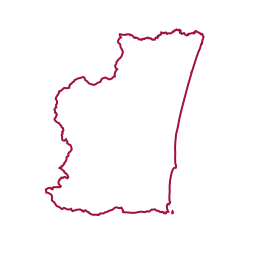 Thap Sakae, Prachuap Khiri Khan, Thailand, rotated 347°
{"feature_id": "78962969B3750900919123", "entity_name": "Thap Sakae", "entity_type": "district", "adm_level": 2, "iso_a3": "THA", "parent_name": "Thailand", "parent_adm1": "Prachuap Khiri Khan", "projection": "albers", "projection_center": [99.584, 11.545], "detail": "fine", "context": "isolated", "style": "outline", "palette": "rose", "viewbox_px": 256, "rotation_deg": 347, "n_neighbors": 0, "source": "geoboundaries", "source_scale": "gbopen_adm2", "svg_char_len": 5688}
<svg xmlns="http://www.w3.org/2000/svg" viewBox="0 0 256 256"><g transform="rotate(347 128 128)"><path d="M148.4,218.7L147.9,215.5L148.2,213.2L148.6,212.1L149.2,211.3L150.1,210.9L150.4,211.1L150.3,211.4L150.6,211.6L151.1,210.9L151.9,210.7L152.4,209.6L152.1,208.6L152.3,206.8L153.2,202.9L154.3,199.5L155.3,194.6L157.0,189.2L159.1,184.1L160.9,180.7L162.4,178.5L163.5,177.5L164.0,177.2L165.6,177.5L166.3,176.0L166.2,172.2L166.8,169.9L167.0,168.3L168.5,162.7L169.2,158.6L171.2,151.5L173.5,144.8L176.4,139.1L180.4,130.0L184.6,121.5L196.0,99.9L202.6,88.1L202.3,87.9L203.1,87.2L210.9,74.1L213.8,69.6L216.1,66.6L218.3,62.6L219.1,62.5L219.3,61.3L219.5,61.2L219.6,60.7L220.0,60.3L220.2,59.4L221.8,56.7L222.1,56.0L222.0,55.4L221.6,54.7L221.6,53.5L221.4,53.0L220.6,52.9L220.3,53.1L219.9,53.0L219.3,51.5L218.7,51.2L216.7,49.6L216.0,49.2L215.8,48.7L215.4,48.7L215.2,49.6L214.6,49.9L214.2,49.7L213.8,49.8L213.8,50.2L214.0,50.5L213.5,50.7L212.9,50.2L212.3,50.1L211.9,50.2L211.6,50.0L209.1,50.0L208.4,49.8L208.2,49.9L208.4,50.2L208.2,50.5L207.4,50.3L207.2,50.9L206.0,51.0L205.2,50.5L204.6,49.5L204.1,48.2L203.6,48.1L203.1,48.4L202.4,48.4L202.1,48.2L201.6,48.3L201.2,47.1L200.4,47.3L200.1,47.1L200.1,46.5L200.9,45.9L201.2,45.4L200.9,44.9L201.0,44.5L200.5,44.0L200.3,43.9L200.0,44.4L199.6,44.2L199.1,44.3L198.7,43.7L197.9,43.4L197.4,42.9L196.8,43.4L195.5,43.3L195.2,43.9L194.8,44.2L194.3,43.9L193.6,44.0L193.4,44.5L192.6,44.7L191.7,45.3L190.5,45.3L190.1,45.3L189.2,44.9L187.8,44.8L187.4,45.1L186.9,44.8L187.1,44.3L186.7,43.7L185.5,43.3L184.5,43.8L183.2,43.1L182.7,43.1L182.4,42.6L181.9,42.3L181.6,42.8L181.6,43.7L181.2,44.2L180.5,44.5L179.9,44.4L179.1,45.0L178.4,44.7L177.6,45.1L177.8,46.1L177.3,46.7L176.8,46.9L176.5,46.5L175.5,46.2L175.3,46.5L173.9,47.4L174.0,47.8L172.5,47.8L171.4,47.3L171.2,46.5L170.5,46.2L170.4,45.9L169.9,45.9L169.7,45.4L168.4,45.3L167.5,44.3L167.0,44.4L166.6,44.7L165.2,44.4L164.1,44.8L164.0,45.0L163.5,45.0L162.7,44.4L161.9,44.6L161.0,45.3L159.9,44.3L158.6,44.2L158.0,43.0L156.5,41.9L156.0,41.9L155.8,41.5L155.5,41.5L155.1,41.8L154.5,41.6L154.3,40.9L153.7,40.4L153.5,39.7L152.4,38.3L151.7,38.1L151.4,37.7L150.9,37.8L150.2,36.9L149.6,36.8L148.7,36.8L148.0,36.4L147.3,36.5L147.0,36.8L146.7,36.8L146.4,36.6L144.4,36.2L141.2,34.8L140.8,35.4L141.2,37.6L141.5,38.2L139.7,38.8L137.9,40.8L137.7,41.8L138.0,43.3L138.4,43.5L139.2,44.7L139.2,45.8L138.9,46.6L139.0,47.7L139.6,49.6L140.1,52.3L140.0,53.2L138.1,56.3L137.3,57.2L136.6,57.8L134.4,58.9L132.9,60.2L131.7,60.9L131.5,61.7L131.2,62.5L129.4,64.5L129.6,67.0L130.7,68.3L129.7,69.0L128.2,70.6L127.0,72.8L126.8,74.8L125.8,74.7L124.8,75.2L123.6,76.0L122.5,76.3L121.4,76.5L120.5,76.3L117.3,73.7L114.3,74.0L113.8,74.2L113.1,74.6L111.4,76.9L108.8,77.1L107.4,77.7L105.0,78.4L102.5,77.4L99.9,75.7L99.5,75.0L99.0,73.8L97.1,71.5L96.9,69.2L96.2,68.4L95.0,68.2L93.6,68.5L89.9,68.5L86.4,69.5L85.9,70.5L84.4,70.8L82.9,72.1L81.5,72.4L81.2,72.7L81.0,73.3L80.5,73.5L80.4,73.8L79.9,75.6L77.6,75.5L76.3,75.2L75.4,74.7L74.8,74.6L74.3,74.8L73.4,75.4L72.2,75.9L71.4,76.6L69.5,76.6L69.0,77.0L68.9,78.1L68.0,78.7L67.0,80.0L65.3,81.5L64.5,82.5L64.1,83.5L64.8,85.6L64.7,87.2L64.2,88.3L63.3,89.0L63.2,89.7L62.7,90.4L62.6,91.0L62.8,91.8L61.7,92.2L60.9,92.8L60.4,93.6L60.5,94.0L60.8,94.8L60.3,96.3L60.5,96.9L61.6,97.6L61.5,99.5L60.9,99.9L59.9,101.5L59.1,101.9L58.6,102.4L58.3,103.3L58.5,103.9L59.7,106.0L61.3,107.4L61.9,107.7L62.3,109.2L63.4,110.6L63.6,112.3L63.8,112.8L64.5,113.3L64.6,113.7L64.5,115.8L64.1,116.5L63.4,116.7L63.2,117.0L62.9,117.1L63.1,118.8L62.0,119.5L61.8,119.9L61.9,121.6L61.4,123.4L61.4,125.1L61.7,125.4L63.3,126.0L65.0,125.0L65.2,126.6L65.9,127.3L65.9,127.6L65.4,128.9L65.4,129.2L66.9,130.9L68.0,131.6L68.4,133.2L68.4,136.0L68.2,136.4L66.3,138.0L65.1,138.6L64.4,139.3L63.9,139.9L64.0,140.4L63.6,141.1L63.7,141.8L63.4,142.0L61.9,142.3L61.5,143.0L61.4,143.9L60.2,145.9L58.4,147.7L57.9,147.9L57.8,148.1L57.8,148.6L56.9,149.1L55.9,150.1L54.8,150.1L54.4,151.0L52.8,151.2L52.3,151.5L53.2,152.2L56.1,155.8L56.0,156.9L57.6,158.7L58.5,160.4L58.5,161.0L58.7,162.0L58.7,162.7L58.4,162.9L57.8,163.0L57.5,163.3L55.4,161.4L54.7,161.4L53.5,162.0L52.8,161.8L52.3,161.3L51.9,161.4L51.3,161.7L50.7,162.7L49.6,162.8L49.1,163.8L48.4,164.6L48.1,165.1L47.9,166.6L48.2,167.9L49.4,169.3L49.4,169.8L49.1,170.0L48.4,170.3L47.4,170.3L45.9,169.6L44.7,169.6L42.6,168.9L41.3,169.2L41.0,169.6L40.9,170.6L40.6,170.8L39.6,170.2L39.0,168.8L38.4,168.7L36.4,168.7L34.1,169.5L33.9,172.6L34.6,172.7L35.8,173.4L37.2,174.6L38.1,175.6L38.5,176.7L38.5,178.4L37.5,181.1L37.6,181.6L39.0,183.3L39.5,184.0L40.5,187.0L41.1,188.0L41.7,188.6L43.3,189.5L44.4,191.1L45.1,191.9L45.5,192.1L46.1,192.1L47.3,191.4L47.6,191.4L49.1,192.4L49.5,192.9L50.7,193.7L52.9,194.3L54.4,194.0L54.9,195.9L55.2,196.5L59.7,196.1L63.0,196.6L63.5,197.1L65.2,198.2L65.2,198.3L64.9,198.8L65.6,199.3L66.1,199.5L67.8,198.5L69.5,200.4L70.6,201.1L70.5,201.5L72.1,203.0L72.3,203.6L75.2,205.0L76.5,205.0L79.4,206.1L79.9,205.8L80.6,205.9L80.7,205.4L82.4,205.1L84.9,205.7L86.0,205.4L86.7,205.0L88.2,205.1L91.6,204.3L94.2,204.2L95.1,203.9L97.2,202.7L98.3,202.6L99.3,202.9L101.4,204.1L102.0,204.1L102.9,204.3L103.6,204.1L104.7,207.6L104.6,207.9L104.2,208.4L104.2,208.8L105.9,209.5L107.9,209.9L108.8,210.3L114.0,211.9L116.2,212.2L121.8,212.4L125.8,213.9L127.0,213.5L127.9,213.4L129.3,214.1L130.4,214.1L131.6,213.3L133.0,212.8L133.4,213.1L133.8,213.2L135.8,213.2L136.8,214.5L137.3,214.7L137.6,215.1L138.7,215.4L138.8,215.7L139.1,215.7L140.2,216.9L141.3,217.4L142.6,217.4L142.9,218.0L143.8,218.2L144.0,219.1L144.9,219.6L145.6,219.7L145.8,219.6L146.3,218.5L148.4,218.7ZM152.4,221.1L152.7,220.5L152.9,219.7L152.7,219.2L152.1,219.8L152.1,220.6L151.9,221.1L152.0,221.2L152.4,221.1Z" fill="none" stroke="#9f1239" stroke-width="2"/></g></svg>